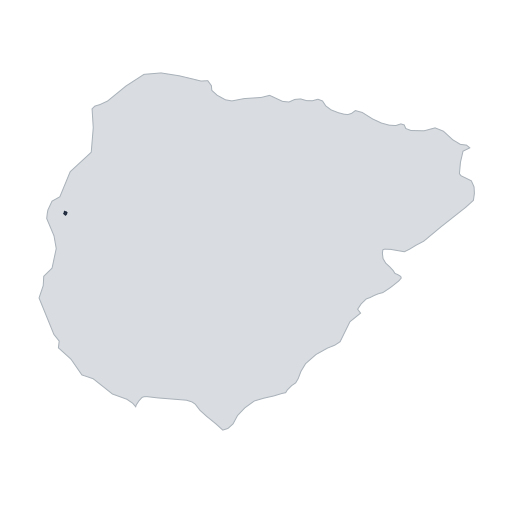 18 de Mayo, Canelones, Uruguay (highlighted), rotated 94°
{"feature_id": "84410073B56582914281791", "entity_name": "18 de Mayo", "entity_type": "district", "adm_level": 2, "iso_a3": "URY", "parent_name": "Uruguay", "parent_adm1": "Canelones", "projection": "equal_earth", "projection_center": [-56.223, -34.699], "detail": "fine", "context": "in_parent", "style": "filled", "palette": "slate", "viewbox_px": 512, "rotation_deg": 94, "n_neighbors": 0, "source": "geoboundaries", "source_scale": "gbopen_adm2", "svg_char_len": 2198}
<svg xmlns="http://www.w3.org/2000/svg" viewBox="0 0 512 512"><g transform="rotate(94 256 256)"><path d="M414.8,365.5L411.5,368.7L407.9,374.9L403.7,389.6L389.8,409.9L386.8,421.4L371.9,433.3L361.4,446.7L354.6,446.4L348.4,452.1L313.0,469.5L300.4,466.2L291.0,466.3L282.3,458.6L262.5,455.8L250.0,458.9L233.2,467.4L228.2,467.2L224.6,466.8L215.5,463.3L210.6,455.8L184.8,447.2L164.0,427.6L139.4,427.3L120.6,429.8L117.7,427.2L115.8,422.2L111.8,414.9L95.5,397.6L82.6,380.4L80.0,363.5L81.6,345.0L85.3,323.1L84.5,316.3L89.2,312.4L93.9,311.6L98.4,305.9L102.3,297.4L103.0,290.9L99.8,278.8L97.5,262.0L94.8,253.6L99.9,240.3L100.1,233.9L97.1,228.2L96.2,222.4L97.5,216.4L97.2,210.6L95.3,205.1L96.7,200.5L101.4,196.9L105.0,191.3L107.3,183.9L108.4,178.1L108.5,174.2L107.0,170.5L104.0,167.0L105.4,160.0L111.0,149.6L114.6,140.3L116.2,132.2L116.1,125.6L114.1,120.7L114.9,117.3L118.4,115.5L120.0,110.3L119.4,97.2L115.7,86.3L118.4,77.8L126.3,67.9L130.4,59.9L130.7,53.8L133.2,50.3L137.0,56.8L148.3,58.6L159.7,58.8L161.6,57.2L166.0,46.4L171.9,43.3L178.3,42.5L185.3,43.0L192.8,50.2L214.0,73.5L229.5,89.7L234.2,97.3L238.3,103.0L241.4,108.3L240.0,122.2L240.2,128.2L241.0,129.9L244.5,130.1L249.7,129.1L254.1,126.1L257.6,121.7L261.0,118.1L263.7,116.2L264.7,113.2L266.3,110.2L267.9,109.6L270.9,111.8L278.1,119.7L283.7,127.0L285.1,131.2L287.2,135.5L289.5,139.3L291.1,143.0L296.5,147.8L302.0,150.9L305.7,147.7L315.0,157.7L335.6,166.1L339.4,171.1L342.9,178.3L350.0,189.2L359.9,199.0L367.9,203.1L375.5,205.4L379.8,207.6L382.7,211.3L387.4,215.4L390.3,216.9L391.3,220.5L394.3,228.3L397.3,238.3L400.7,247.5L408.1,256.4L416.4,263.3L425.1,267.2L430.0,272.0L432.0,277.0L426.1,284.5L419.6,293.8L413.9,301.1L408.0,306.3L406.0,309.8L404.7,315.3L404.4,344.3L403.9,355.0L404.2,357.9L405.0,359.8L408.7,362.7L413.0,365.1L414.8,365.5Z" fill="#d9dde1" stroke="#a8b0b8" stroke-width="1"/><path d="M225.3,448.9L225.3,449.1L225.4,449.3L225.3,449.5L225.2,449.7L225.2,449.8L225.1,450.0L225.4,450.1L225.9,450.1L226.5,450.2L226.7,450.3L226.8,450.3L227.1,450.5L228.3,448.9L227.3,448.1L227.2,448.1L226.9,448.2L226.9,448.4L226.7,448.4L226.6,448.2L226.1,447.8L225.5,448.7L225.3,448.7L225.3,448.9Z" fill="#64748b" stroke="#1e293b" stroke-width="1.5"/></g></svg>